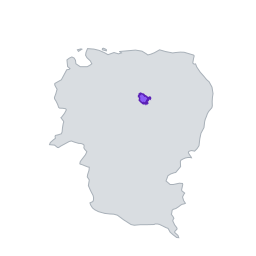 location of Kandieng, Pouthisat, Cambodia, rotated 109°
{"feature_id": "14789045B76302811248791", "entity_name": "Kandieng", "entity_type": "district", "adm_level": 2, "iso_a3": "KHM", "parent_name": "Cambodia", "parent_adm1": "Pouthisat", "projection": "robinson", "projection_center": [104.048, 12.697], "detail": "fine", "context": "in_parent", "style": "filled", "palette": "violet", "viewbox_px": 256, "rotation_deg": 109, "n_neighbors": 0, "source": "geoboundaries", "source_scale": "gbopen_adm2", "svg_char_len": 5470}
<svg xmlns="http://www.w3.org/2000/svg" viewBox="0 0 256 256"><g transform="rotate(109 128 128)"><path d="M215.2,44.3L215.7,46.4L214.3,50.5L212.8,54.2L209.9,57.4L209.8,59.8L208.9,66.8L209.2,69.1L209.9,71.0L210.8,72.0L213.4,79.0L215.6,85.3L217.9,90.4L218.3,93.7L216.3,102.0L213.9,109.6L214.1,113.4L215.2,117.2L216.3,122.2L216.7,128.7L216.1,132.9L215.1,135.6L213.0,138.2L211.2,139.6L209.0,137.3L207.3,137.2L205.0,137.9L203.2,139.0L199.5,142.9L195.4,146.7L189.7,147.7L187.5,150.6L185.1,151.0L180.6,151.1L177.7,151.8L177.9,153.2L177.6,160.0L177.7,161.6L177.2,162.0L175.2,162.2L171.8,161.1L167.1,159.5L163.8,159.2L162.1,162.2L161.1,163.3L159.8,163.5L158.5,164.0L158.0,165.3L157.9,167.0L158.6,169.8L158.8,174.2L158.7,177.3L159.9,179.2L167.0,185.7L169.1,187.3L169.4,188.3L168.1,191.8L169.3,196.8L167.0,196.7L163.3,194.6L161.5,193.3L159.4,194.3L158.6,194.1L157.1,191.7L155.2,189.2L153.3,189.0L149.1,190.0L144.9,190.7L143.3,190.7L142.6,191.1L140.1,194.8L139.1,194.2L134.8,192.8L130.9,192.2L130.1,193.2L130.6,196.2L131.5,199.2L131.0,200.4L128.8,202.0L126.0,204.8L124.3,206.9L123.1,207.5L118.7,207.4L114.4,207.7L112.7,209.7L111.1,211.3L109.7,211.7L104.1,206.7L92.9,204.9L91.7,202.7L90.7,202.2L89.6,205.1L83.5,207.9L81.0,206.2L79.1,204.2L79.4,201.7L81.1,199.7L84.2,198.2L85.6,193.1L83.3,186.5L81.2,184.6L79.1,183.1L76.8,185.5L74.9,189.7L73.0,191.8L70.2,192.3L66.1,192.1L64.5,185.9L64.0,180.5L64.5,174.4L65.2,170.8L61.2,165.8L61.0,161.1L59.1,158.6L58.6,159.8L58.6,161.2L58.1,160.2L51.9,146.3L50.8,139.8L51.9,134.8L52.5,133.1L50.8,130.5L48.2,127.5L43.8,123.6L43.5,117.5L42.5,110.2L41.2,107.7L39.2,103.2L38.1,99.5L37.7,89.7L38.3,88.9L41.4,88.6L45.5,87.9L46.1,86.3L45.4,85.0L48.0,82.8L51.7,77.9L54.6,72.8L56.6,69.6L57.9,66.4L62.0,61.9L67.8,58.8L71.7,58.1L75.7,57.0L79.6,55.5L81.5,55.3L86.3,57.2L88.9,57.6L91.6,57.6L94.5,57.8L97.0,57.6L102.9,56.3L109.2,57.3L114.8,56.6L121.7,55.1L125.1,56.0L128.2,57.5L128.6,60.5L129.4,61.8L130.4,62.9L131.8,62.9L133.5,60.8L135.0,58.7L135.5,58.3L135.6,59.3L136.3,61.6L137.6,63.9L139.0,65.5L141.2,67.5L142.7,67.6L147.4,65.7L154.5,68.4L155.3,69.8L157.6,72.7L160.1,74.7L165.7,74.8L167.7,69.8L166.7,66.8L163.5,61.5L162.7,58.4L163.7,57.8L169.0,57.2L169.9,56.6L171.1,53.2L172.5,53.6L175.5,54.0L178.6,51.7L180.5,49.2L181.5,50.3L182.6,52.1L183.8,53.1L186.1,54.6L188.6,56.6L190.1,58.7L191.4,59.5L194.5,58.9L195.4,59.0L197.2,56.5L198.5,55.2L199.6,55.5L201.2,55.5L204.5,52.3L206.4,49.4L207.5,48.7L210.5,50.1L211.6,49.8L213.3,45.8L215.2,44.3ZM62.4,177.7L61.8,178.0L61.2,178.0L60.6,177.4L60.7,175.2L61.1,173.8L62.1,173.6L62.4,177.7ZM71.7,199.8L70.5,201.3L68.5,198.2L68.5,197.3L71.7,199.8Z" fill="#d9dde1" stroke="#a8b0b8" stroke-width="1"/><path d="M91.0,127.0L91.2,127.3L91.1,127.7L91.3,127.8L91.5,127.7L92.0,127.6L92.3,127.4L92.3,127.9L92.2,127.9L92.2,128.4L92.3,128.4L92.7,128.1L92.8,128.0L93.0,128.0L93.3,128.2L93.5,128.3L93.5,128.1L93.8,128.1L94.1,128.2L94.3,128.2L94.9,128.2L94.9,127.9L94.9,127.7L95.0,127.6L95.6,126.9L96.7,126.5L97.8,126.4L98.0,126.4L98.4,125.7L98.5,125.6L98.5,125.3L98.8,124.9L98.9,124.5L99.0,124.3L99.4,123.8L99.5,123.7L99.5,123.1L99.5,122.9L99.6,122.7L99.4,122.6L99.3,122.8L99.3,122.5L99.4,122.1L99.5,121.9L99.6,121.7L99.6,121.3L99.6,121.2L99.8,121.0L99.8,120.8L99.8,120.7L99.8,120.8L99.7,121.0L99.4,121.2L99.4,121.3L99.5,121.4L99.4,121.5L99.2,121.7L99.3,121.6L99.2,121.3L99.3,121.0L99.3,120.9L99.5,120.8L99.5,120.7L99.4,120.7L99.2,120.9L99.1,121.0L99.0,120.9L99.0,120.7L98.9,120.7L98.8,120.4L98.8,120.2L99.0,120.0L99.0,119.9L99.2,119.7L99.3,119.4L99.2,119.3L99.1,119.2L98.9,119.1L99.0,119.4L99.0,119.6L98.9,119.6L99.0,119.5L99.0,119.4L98.9,119.5L98.9,119.4L98.8,119.2L98.6,119.3L98.5,119.2L98.4,119.1L98.2,118.9L98.3,118.7L98.2,118.5L97.9,118.6L97.7,118.7L97.8,118.7L97.7,118.8L97.6,119.0L97.3,119.2L97.2,119.2L97.2,118.9L97.2,118.7L97.0,119.0L96.7,119.1L96.4,119.1L96.3,118.9L96.2,119.0L95.9,119.3L95.7,119.3L95.5,119.1L95.4,119.0L95.3,118.5L95.3,118.3L95.3,118.2L95.2,118.1L95.1,118.3L95.0,118.5L95.0,118.8L95.0,118.6L94.8,118.7L94.7,118.7L94.3,118.5L94.2,118.5L94.0,118.2L94.0,118.3L93.9,118.3L93.8,118.2L93.6,118.1L93.6,117.9L93.6,117.5L93.5,117.2L93.5,116.9L93.4,117.0L93.4,117.3L93.2,117.5L92.9,117.6L92.7,117.6L92.8,117.4L92.7,117.2L92.6,116.8L92.3,117.0L92.1,117.1L92.0,116.7L91.9,116.8L92.0,116.9L91.9,117.1L91.7,117.2L91.6,117.4L91.6,117.5L92.9,118.7L93.0,118.8L92.9,118.8L92.9,119.1L92.8,119.3L92.9,119.6L92.7,119.9L92.5,120.0L92.5,120.3L92.4,120.4L92.4,120.6L92.3,121.0L92.2,121.3L91.9,121.5L91.9,122.0L91.9,122.3L92.0,122.4L91.9,122.4L91.9,122.6L91.8,122.8L91.8,123.1L91.8,123.3L91.8,123.5L91.7,123.8L91.3,123.8L91.2,123.8L91.1,124.0L91.0,124.7L91.1,124.8L91.2,125.0L91.1,125.3L91.2,125.5L91.2,125.8L91.2,126.1L91.1,126.5L91.0,126.8L91.0,127.0ZM98.3,118.2L98.2,118.1L98.3,118.1L98.2,118.1L98.3,118.0L98.2,118.0L98.2,117.9L98.3,117.9L98.2,117.7L98.1,117.8L98.1,118.0L97.9,118.1L98.0,118.2L98.0,118.3L98.3,118.4L98.3,118.2ZM99.4,119.0L99.3,118.9L99.2,119.0L99.3,119.0L99.2,119.1L99.3,119.3L99.4,119.2L99.5,119.0L99.4,119.0L99.4,119.0ZM100.1,121.6L99.9,121.6L100.0,121.8L100.1,121.7L100.1,121.6ZM98.1,118.4L97.9,118.4L97.9,118.5L98.1,118.5L98.1,118.4L98.1,118.4ZM99.4,120.4L99.5,120.5L99.5,120.3L99.5,120.2L99.4,120.2L99.4,120.4ZM95.3,118.1L95.3,117.9L95.2,117.9L95.2,118.0L95.3,118.1ZM99.5,121.1L99.6,120.9L99.5,121.0L99.4,121.1L99.5,121.1ZM99.8,120.9L99.9,121.0L99.9,120.9L99.8,120.9ZM98.3,117.7L98.2,117.6L98.3,117.7L98.3,117.7ZM99.4,120.4L99.3,120.5L99.4,120.4Z" fill="#8b5cf6" stroke="#5b21b6" stroke-width="1.5"/></g></svg>